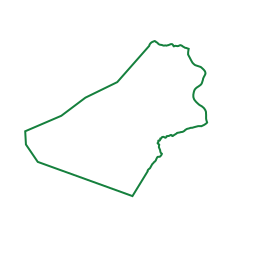 outline of Las Lajas, Comayagua, Honduras, rotated 148°
{"feature_id": "27666195B78800320029736", "entity_name": "Las Lajas", "entity_type": "district", "adm_level": 2, "iso_a3": "HND", "parent_name": "Honduras", "parent_adm1": "Comayagua", "projection": "robinson", "projection_center": [-87.665, 14.899], "detail": "fine", "context": "isolated", "style": "outline", "palette": "green", "viewbox_px": 256, "rotation_deg": 148, "n_neighbors": 0, "source": "geoboundaries", "source_scale": "gbopen_adm2", "svg_char_len": 4948}
<svg xmlns="http://www.w3.org/2000/svg" viewBox="0 0 256 256"><g transform="rotate(148 128 128)"><path d="M58.0,90.7L57.8,91.3L57.6,92.3L57.4,93.1L57.2,93.5L57.1,93.8L56.9,94.4L56.5,95.0L56.1,95.7L55.0,97.4L54.5,98.3L54.2,98.9L53.7,99.7L53.5,100.1L53.3,100.5L53.2,101.0L53.1,101.5L53.0,101.9L53.0,102.2L53.0,102.6L53.0,102.9L53.0,103.4L53.0,104.0L53.1,104.3L53.1,104.8L53.2,105.2L53.3,105.5L53.7,106.6L53.9,107.3L54.0,107.6L54.3,108.0L54.5,108.4L54.8,108.9L55.0,109.3L55.2,109.8L55.4,110.2L55.5,110.7L55.7,111.3L56.0,112.4L56.3,113.6L56.5,114.5L56.5,114.9L56.6,115.5L56.7,116.2L56.7,116.6L56.7,116.9L56.7,117.5L56.6,117.9L56.5,118.2L56.4,118.8L56.2,119.5L56.1,119.8L55.9,120.0L55.4,120.9L54.9,121.7L54.4,122.2L53.7,123.0L53.0,123.7L52.4,124.2L52.1,124.5L51.6,124.8L51.4,125.0L51.1,125.1L50.8,125.3L50.5,125.4L49.8,125.6L49.4,125.7L48.7,125.8L48.0,125.9L47.4,125.9L46.8,125.9L45.9,125.9L45.1,126.0L44.4,126.0L43.6,126.1L43.1,126.2L42.8,126.3L42.6,126.4L42.1,126.6L41.7,126.9L41.3,127.1L41.0,127.4L40.3,128.0L39.7,128.5L38.9,129.2L38.2,130.0L37.8,130.3L37.5,130.5L37.2,130.7L36.1,131.4L35.3,131.8L34.2,132.5L33.8,132.8L33.7,133.0L33.4,133.2L33.3,133.5L33.1,133.8L33.0,134.1L32.9,134.4L32.8,134.8L32.7,135.2L32.7,135.6L32.8,136.2L32.8,136.7L33.0,137.8L33.1,138.2L33.3,138.9L33.5,139.7L33.7,140.3L33.9,141.0L34.0,141.1L34.1,141.3L34.2,141.5L34.6,141.9L35.3,142.8L35.8,143.4L36.9,144.7L37.3,145.2L37.5,145.5L37.8,145.9L38.0,146.3L38.1,146.7L38.3,147.3L38.4,147.7L38.5,148.1L38.6,148.6L38.7,149.0L38.7,149.4L38.7,150.2L38.7,150.8L38.6,151.6L38.6,152.2L38.4,154.4L38.3,155.8L38.2,157.3L38.1,158.5L37.9,158.7L37.8,158.9L37.5,159.4L37.3,159.7L36.9,160.3L36.5,160.8L36.1,161.3L35.3,162.2L34.6,163.0L35.6,164.2L36.0,164.8L36.3,165.1L36.9,165.6L37.3,166.1L37.5,166.6L38.2,167.9L38.5,168.5L38.5,168.8L38.8,169.4L39.1,169.7L39.4,170.3L39.9,170.6L41.2,170.8L41.7,170.8L42.2,171.0L42.5,171.1L43.2,171.7L43.7,172.1L44.3,172.6L45.1,172.9L45.8,172.9L46.0,173.3L45.9,174.0L45.9,174.3L45.9,174.8L46.1,175.6L46.4,175.9L46.6,176.0L47.2,176.4L47.7,176.5L48.2,176.6L48.9,176.7L50.0,176.9L50.4,177.1L51.0,177.3L51.6,177.4L52.1,177.8L52.6,178.3L53.1,178.5L53.8,178.8L54.2,179.1L54.6,179.5L54.9,180.0L55.2,180.3L55.6,180.7L56.1,181.2L56.6,181.5L57.0,182.0L57.5,182.8L57.7,183.4L57.8,184.1L57.9,184.6L58.4,185.7L58.6,186.1L58.8,186.4L58.8,186.9L59.1,187.3L59.5,187.7L60.2,187.8L60.9,187.9L61.6,188.1L62.2,188.1L63.1,188.1L63.8,187.9L64.4,187.8L64.8,187.6L65.5,187.3L66.5,186.4L112.8,172.6L148.0,176.3L178.1,173.7L216.9,179.7L223.3,168.1L222.5,147.1L160.3,67.9L134.2,80.9L134.1,81.2L133.9,81.5L133.7,81.6L132.8,82.0L132.5,82.0L131.6,82.2L130.9,82.2L130.7,82.3L130.4,82.4L130.0,82.6L129.6,82.8L129.2,83.1L128.7,83.4L128.4,83.5L128.2,83.6L127.5,84.0L127.0,84.3L126.8,84.4L126.5,84.5L126.3,84.6L125.6,84.7L125.2,84.8L124.7,85.0L124.1,85.2L123.7,85.3L123.0,85.3L122.8,85.4L122.4,85.5L122.0,85.6L121.8,85.7L121.6,85.8L120.9,86.3L120.2,86.8L119.2,87.4L118.8,87.6L118.4,87.7L118.2,87.8L118.0,87.7L117.0,87.2L116.5,86.9L116.2,86.8L115.9,86.8L114.2,87.3L113.8,87.6L113.5,87.8L113.1,88.0L112.9,88.2L112.9,88.3L113.0,88.5L113.2,88.9L113.2,89.1L113.3,89.4L113.3,89.6L113.2,90.6L113.1,90.8L113.0,91.0L112.8,91.5L112.7,91.8L112.5,92.2L112.4,92.6L112.4,92.8L112.3,93.3L112.2,94.1L112.1,94.5L112.1,94.8L112.0,95.3L111.9,95.5L111.3,96.3L111.0,96.6L110.8,96.8L110.5,97.1L110.4,97.2L110.4,97.4L110.5,97.8L110.5,98.0L110.6,98.3L110.7,98.5L110.8,98.7L110.9,98.8L110.9,99.0L110.9,99.3L110.9,99.5L110.7,99.6L110.4,99.6L110.0,99.8L109.8,100.0L109.6,100.2L109.5,100.4L109.5,100.5L109.4,100.8L109.2,101.0L108.9,101.2L108.7,101.2L108.4,100.9L108.2,100.7L107.9,100.6L107.7,100.6L107.4,100.7L107.2,100.9L107.0,101.0L106.7,101.3L106.6,101.5L106.4,101.8L106.2,101.9L105.9,101.6L105.7,101.5L105.4,101.5L105.1,101.7L104.9,101.9L104.7,102.0L104.3,102.1L104.0,102.2L103.8,102.2L103.5,102.1L103.3,102.0L103.0,101.9L102.8,101.8L102.5,101.6L102.4,101.4L102.2,101.2L101.9,100.6L101.7,100.3L101.6,100.1L101.4,100.0L101.3,99.9L101.2,99.9L100.8,99.9L100.5,99.9L100.2,100.0L99.9,100.2L99.8,100.4L99.7,100.4L99.6,100.5L99.4,100.5L99.3,100.4L98.9,100.3L98.5,100.1L98.0,99.8L97.8,99.7L96.8,99.5L96.5,99.5L96.2,99.5L95.9,99.5L95.7,99.4L95.4,99.4L95.2,99.3L95.1,99.1L94.9,98.9L94.7,98.7L94.7,98.4L94.8,98.1L94.8,97.9L94.7,97.8L94.5,97.6L94.4,97.6L94.2,97.5L93.9,97.5L93.3,97.6L92.2,97.6L91.1,97.6L90.2,97.6L89.7,97.6L89.0,97.8L88.9,97.8L88.7,97.7L88.4,97.6L86.4,96.8L85.3,96.5L84.3,96.0L84.0,95.9L83.5,95.8L83.1,95.7L82.8,95.7L82.6,95.7L81.9,95.7L81.6,95.7L80.9,95.9L80.6,96.0L80.4,96.0L80.0,96.0L79.3,96.0L78.9,96.0L78.6,96.0L78.2,95.9L77.9,95.8L77.2,95.6L76.8,95.4L76.4,95.3L75.5,95.1L75.0,95.0L74.7,94.9L74.4,94.8L74.2,94.6L73.9,94.4L73.6,94.3L73.3,94.1L73.0,94.0L72.4,93.9L71.4,93.6L70.4,93.3L69.4,93.0L68.5,92.7L68.1,92.6L67.5,92.4L67.0,92.1L66.4,91.7L65.0,90.8L64.9,90.7L64.7,90.6L63.5,90.5L62.1,90.3L61.7,90.3L61.1,90.3L60.4,90.3L59.8,90.4L59.1,90.4L58.0,90.7Z" fill="none" stroke="#15803d" stroke-width="2"/></g></svg>